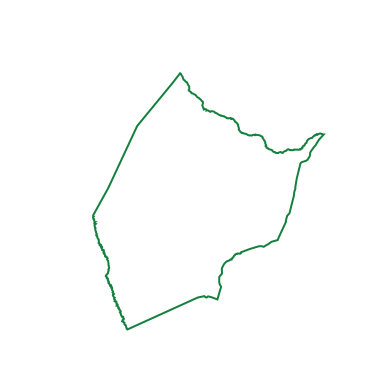 the district of Chadiza, Eastern, Zambia, rotated 140°
{"feature_id": "96606910B44569696961001", "entity_name": "Chadiza", "entity_type": "district", "adm_level": 2, "iso_a3": "ZMB", "parent_name": "Zambia", "parent_adm1": "Eastern", "projection": "albers", "projection_center": [32.572, -14.108], "detail": "fine", "context": "isolated", "style": "outline", "palette": "green", "viewbox_px": 384, "rotation_deg": 140, "n_neighbors": 0, "source": "geoboundaries", "source_scale": "gbopen_adm2", "svg_char_len": 5994}
<svg xmlns="http://www.w3.org/2000/svg" viewBox="0 0 384 384"><g transform="rotate(140 192 192)"><path d="M329.8,128.2L255.5,107.5L249.5,104.3L249.5,103.8L248.9,102.0L248.2,101.7L247.1,101.8L246.6,101.5L244.6,98.7L241.6,93.4L230.6,100.7L230.2,103.1L229.4,105.1L225.7,109.4L224.7,109.7L222.2,110.0L221.0,110.6L219.3,113.1L218.1,114.4L214.8,115.8L213.2,116.3L210.3,116.6L209.3,116.2L208.7,116.2L208.0,115.7L207.2,115.6L206.4,115.7L206.1,115.5L205.8,115.1L204.9,115.3L204.8,115.0L204.3,115.3L204.0,115.2L203.7,115.4L203.0,115.4L202.8,115.6L201.7,115.6L200.9,116.1L200.7,116.0L200.0,116.2L199.7,116.1L199.5,116.3L198.9,116.4L197.3,115.9L197.0,115.4L196.4,115.4L196.3,115.1L195.6,114.7L194.9,114.0L194.5,114.0L194.4,113.7L193.8,113.7L193.1,114.3L184.4,111.2L176.0,107.6L175.1,107.1L173.3,105.5L172.3,103.9L169.1,103.5L167.3,103.0L163.2,102.8L157.2,100.1L154.9,101.4L139.1,108.8L138.8,109.5L134.4,112.6L131.1,113.0L116.3,123.7L113.6,126.3L110.4,128.3L109.9,129.2L103.1,135.0L90.8,144.0L89.7,144.4L89.0,144.4L84.7,142.7L82.7,142.4L78.7,143.8L77.7,144.6L76.2,146.1L74.9,146.7L69.0,148.2L67.5,148.3L61.4,150.4L54.1,151.4L54.8,152.1L54.9,152.6L55.5,153.2L55.6,153.7L56.3,154.6L57.9,155.0L59.0,156.0L59.5,155.9L59.6,156.1L60.0,156.2L60.0,155.8L60.8,156.4L61.3,156.1L61.9,156.3L62.1,156.6L64.2,156.5L65.1,156.2L66.8,157.1L68.7,157.6L71.0,157.2L72.7,156.1L73.6,156.3L74.9,155.9L76.2,155.3L76.4,155.4L76.4,155.6L77.2,155.8L78.4,155.4L78.9,154.8L79.3,154.8L79.5,155.1L79.8,154.9L80.1,155.0L80.3,154.8L80.9,155.1L81.4,154.8L81.9,155.5L82.4,155.3L82.9,155.8L83.6,156.1L84.0,156.7L86.2,158.6L86.7,158.6L86.9,159.0L87.5,159.0L88.3,159.5L88.8,160.1L89.3,160.3L89.3,160.7L90.2,161.4L90.6,162.7L91.0,163.0L92.1,163.2L93.3,163.0L93.5,163.2L96.2,164.0L97.2,163.6L97.8,164.0L98.5,165.8L98.9,165.9L99.6,166.3L101.1,166.5L101.8,167.3L101.9,167.5L102.2,167.6L102.8,168.2L102.8,169.3L103.6,170.2L104.0,171.3L103.8,172.6L104.0,173.2L104.5,173.8L105.6,175.5L105.8,176.2L105.7,176.7L106.2,177.3L106.4,177.9L106.0,178.5L105.9,179.5L106.2,179.6L106.2,179.9L105.3,180.5L105.1,180.4L104.6,182.3L104.1,182.6L103.7,184.2L103.4,184.7L103.5,185.4L103.1,187.5L103.1,187.9L102.6,189.0L102.9,189.6L102.9,190.1L103.3,190.6L103.7,191.9L105.9,194.4L106.6,194.8L106.6,195.2L107.3,195.1L107.6,195.7L108.5,196.6L109.2,196.6L110.3,197.1L110.7,197.8L111.7,198.4L112.6,199.7L112.7,200.5L113.5,202.2L114.5,203.2L114.8,204.0L115.4,204.6L115.4,204.9L116.0,205.2L116.1,205.5L116.0,206.0L116.3,207.4L116.0,208.3L116.2,209.4L115.7,210.0L115.6,210.3L115.3,210.4L114.5,211.9L114.4,212.6L113.4,214.0L113.5,214.9L113.3,216.0L113.5,217.2L113.8,217.8L113.6,218.5L113.7,219.0L113.5,219.8L113.6,221.6L113.8,222.1L114.1,222.1L115.1,222.7L114.7,223.5L114.8,223.8L115.3,224.2L116.3,224.6L116.6,225.0L116.9,225.1L117.3,225.7L117.7,225.9L117.7,226.4L118.0,226.6L118.1,227.7L118.7,228.8L118.6,229.1L118.8,229.6L119.8,230.5L120.1,231.1L120.8,231.7L120.7,232.1L121.5,233.3L121.5,233.5L122.1,234.8L122.4,236.3L123.4,237.9L123.3,238.6L123.6,239.6L124.9,241.2L125.7,241.7L126.3,241.6L126.6,241.8L127.0,243.0L127.0,243.6L127.3,243.8L127.5,244.5L128.0,245.1L128.5,245.2L128.1,245.7L128.0,246.2L128.8,247.2L129.9,247.6L129.4,248.6L129.4,249.0L129.1,249.3L129.1,249.8L128.6,251.0L128.4,251.8L126.7,252.8L126.2,253.6L125.8,253.9L125.7,254.1L126.0,255.8L125.9,257.4L126.4,259.1L126.3,259.8L127.0,261.1L126.9,264.2L127.3,264.8L128.3,267.4L128.8,267.9L128.6,269.3L129.2,271.2L129.0,272.2L128.5,272.2L127.6,272.9L126.5,274.4L126.2,275.2L126.2,276.2L125.4,279.1L126.0,280.8L125.8,281.7L126.2,283.7L125.1,286.5L124.9,288.5L124.6,289.7L124.8,290.6L136.3,288.1L191.6,277.8L253.5,248.9L282.4,237.8L283.0,237.3L283.2,237.1L283.0,236.4L284.1,236.2L284.6,235.2L284.8,235.0L284.9,234.3L284.5,234.2L284.5,233.9L285.1,233.4L285.5,232.4L286.1,231.7L286.2,231.4L285.9,231.2L286.6,231.2L286.9,230.9L287.0,230.6L286.7,230.0L286.8,229.7L286.5,229.7L286.3,229.4L287.7,229.4L288.0,229.3L288.8,227.8L288.9,227.1L289.4,226.8L289.2,226.3L290.5,225.1L290.8,224.5L290.9,223.6L291.6,222.5L291.7,221.5L292.0,221.0L292.7,220.4L293.1,220.5L293.2,219.8L292.9,219.5L292.9,219.2L293.2,218.6L293.6,218.3L293.8,217.8L294.1,216.1L294.0,215.7L294.4,215.3L294.4,214.9L295.5,213.6L295.7,212.9L296.1,212.9L296.0,212.6L296.1,212.0L296.4,211.9L296.4,211.7L296.2,211.6L296.0,211.1L295.7,210.0L296.1,209.7L296.7,209.9L296.6,209.4L296.8,209.0L296.3,208.9L296.1,208.0L296.3,207.6L296.9,207.9L296.9,207.5L297.4,207.2L297.7,205.8L298.1,205.4L297.8,204.9L297.1,204.7L297.0,204.3L297.3,203.5L297.8,203.4L298.6,202.7L298.6,202.4L298.2,201.9L298.2,201.6L298.7,201.0L299.1,201.1L299.0,199.9L300.0,198.5L299.9,198.2L299.4,198.1L299.5,197.5L299.0,196.5L299.2,196.3L299.3,195.5L299.7,195.5L300.4,194.9L300.5,193.2L302.0,190.8L302.9,189.7L303.0,189.3L303.7,188.2L304.0,187.4L304.8,186.7L305.8,186.5L306.1,186.2L306.4,185.3L307.2,185.0L308.6,183.8L311.1,183.5L311.5,183.2L311.9,183.2L312.2,182.8L311.9,182.1L312.5,181.0L312.1,180.7L312.2,179.5L312.8,179.3L312.9,178.4L313.5,178.0L313.3,177.0L313.5,176.4L313.7,176.2L314.2,176.2L314.5,176.1L314.5,175.7L314.2,175.4L314.4,175.0L314.6,173.9L315.1,172.6L315.1,172.3L314.8,172.6L314.0,172.8L314.1,171.9L315.0,170.4L315.6,169.9L315.5,169.7L315.3,169.9L315.0,169.7L316.4,168.0L316.3,167.3L316.5,166.4L317.0,166.0L317.5,165.9L317.2,164.1L317.9,163.9L318.7,164.1L318.9,163.9L319.4,162.5L319.4,161.4L319.2,161.0L319.2,160.6L320.2,160.4L320.5,159.9L320.4,158.9L321.5,158.1L320.9,157.2L320.6,157.1L320.4,156.6L320.6,156.3L321.1,155.9L321.1,155.5L321.8,154.9L321.8,154.6L321.3,153.9L321.4,153.4L321.7,153.1L322.6,153.1L322.2,152.6L322.4,152.1L322.3,150.8L323.1,150.5L322.8,149.1L322.9,148.8L323.3,148.7L323.4,148.3L323.1,146.9L323.6,146.1L324.5,146.2L324.7,144.5L325.2,144.2L325.3,143.5L325.7,142.7L325.5,142.3L325.8,141.1L325.2,140.8L325.0,140.6L325.7,139.6L325.7,138.6L326.5,138.2L326.9,138.6L327.3,138.6L328.7,137.8L328.1,136.6L327.7,135.3L328.0,134.9L328.6,134.6L328.8,133.1L328.4,132.6L329.4,130.5L329.5,129.7L329.9,129.4L329.8,128.2Z" fill="none" stroke="#15803d" stroke-width="2"/></g></svg>